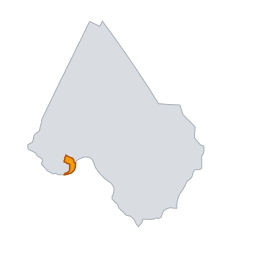 Benghazi highlighted on a map of Libya, rotated 208°
{"feature_id": "LBY-2984", "entity_name": "Benghazi", "entity_type": "Municipality", "adm_level": 1, "iso_a3": "LBY", "parent_name": "Libya", "parent_adm1": "", "projection": "orthographic", "projection_center": [20.37, 31.785], "detail": "fine", "context": "in_parent", "style": "filled", "palette": "amber", "viewbox_px": 256, "rotation_deg": 208, "n_neighbors": 0, "source": "natural_earth", "source_scale": "10m", "svg_char_len": 3691}
<svg xmlns="http://www.w3.org/2000/svg" viewBox="0 0 256 256"><g transform="rotate(208 128 128)"><path d="M49.5,78.9L50.8,78.4L52.5,77.8L53.5,77.4L53.9,77.0L55.4,75.3L56.1,74.3L57.1,73.0L57.6,72.1L57.7,71.2L57.7,70.1L57.2,67.4L56.9,64.8L57.4,63.9L57.8,63.5L58.7,62.4L59.0,62.2L60.8,62.0L61.5,61.2L62.1,60.3L62.3,59.8L63.1,59.3L64.0,58.8L64.6,58.2L66.5,57.3L68.2,56.4L70.2,55.5L71.7,54.8L72.1,54.1L72.1,53.5L71.4,52.1L71.6,50.4L71.7,49.0L71.9,48.2L72.4,46.0L72.5,45.7L73.9,46.6L75.4,47.0L79.8,50.1L81.2,50.6L84.4,51.2L88.3,50.3L89.8,50.2L92.2,51.4L93.3,51.8L95.2,52.0L98.3,53.1L99.1,53.5L100.8,55.2L101.7,55.7L108.3,57.5L109.1,58.4L110.0,60.3L109.9,62.5L110.3,64.2L111.1,66.3L112.0,67.9L113.1,69.2L114.3,70.0L117.2,71.3L120.5,71.8L123.9,72.1L129.6,73.9L134.5,75.8L135.6,76.7L138.1,77.7L142.9,82.1L145.6,83.6L147.6,83.9L149.3,83.7L152.4,82.2L153.6,81.3L156.7,77.6L157.7,75.7L158.1,74.3L158.0,72.9L157.7,71.7L156.8,70.4L156.2,68.6L155.9,65.5L156.4,63.4L156.9,62.1L157.9,60.8L160.4,58.2L162.9,56.5L167.3,54.1L169.8,54.1L170.9,53.8L173.0,52.1L173.8,52.1L175.0,52.5L178.5,52.3L180.0,52.7L181.9,53.7L184.2,54.3L185.8,54.9L187.6,55.7L188.0,57.7L187.9,58.3L187.8,59.1L189.7,60.4L194.9,60.9L195.9,61.3L197.3,62.3L198.2,62.6L201.8,62.6L203.8,62.3L205.8,62.6L206.5,62.9L207.3,63.7L208.3,65.7L208.7,66.4L208.3,66.8L207.8,67.5L207.5,68.1L206.6,69.2L205.9,70.3L206.0,71.9L206.2,73.6L206.8,75.2L207.4,76.9L207.3,78.1L206.9,79.5L206.5,80.7L205.1,83.3L204.9,83.9L205.0,84.7L206.0,87.6L206.1,88.5L206.8,91.3L207.4,93.6L208.1,95.4L208.2,95.9L208.3,98.5L208.4,101.2L208.5,103.8L208.6,106.5L208.7,109.2L208.8,111.8L208.9,114.5L209.0,117.2L209.1,119.8L209.2,122.5L209.3,125.1L209.4,127.8L209.5,130.5L209.6,133.1L209.7,135.8L209.8,138.4L209.9,141.1L209.9,143.7L210.0,146.4L210.1,149.0L210.2,151.7L210.3,154.3L210.4,157.0L210.5,159.6L210.6,162.3L210.6,164.9L210.7,167.5L210.8,170.2L210.9,172.8L211.0,175.4L211.1,178.1L211.1,180.7L211.3,186.5L211.5,192.4L211.7,198.2L211.8,204.0L211.7,204.0L208.9,204.2L206.2,204.3L203.4,204.4L200.7,204.5L200.7,205.9L200.7,207.4L200.8,208.8L200.8,210.3L195.4,207.7L190.0,205.1L184.6,202.5L179.2,199.8L173.9,197.1L168.5,194.4L163.2,191.7L157.9,188.9L152.6,186.1L147.3,183.3L142.1,180.4L136.8,177.6L131.6,174.7L126.4,171.8L121.2,168.8L116.1,165.9L112.5,163.8L108.6,165.5L105.5,166.8L101.4,168.6L96.7,170.9L93.1,172.6L92.9,172.6L89.2,169.0L86.5,166.3L85.2,165.5L79.9,163.8L74.6,162.2L69.1,160.4L68.2,158.2L67.2,155.8L65.8,152.8L65.0,150.9L64.7,150.6L60.5,148.8L56.1,147.1L53.4,147.7L52.9,147.6L52.2,147.0L51.5,146.2L51.2,145.1L50.3,143.7L49.5,140.5L49.6,138.1L49.5,137.2L47.4,133.5L45.6,130.2L44.4,128.0L44.2,127.0L44.4,125.9L45.1,124.9L47.2,123.8L49.2,122.7L49.5,121.8L49.8,119.2L49.3,118.4L49.0,116.8L48.7,114.7L48.8,113.4L49.8,110.8L51.0,108.2L50.6,105.1L50.7,98.9L51.4,94.1L51.4,92.4L51.3,91.6L50.9,89.3L50.3,86.9L50.1,86.0L49.3,84.0L48.0,81.5L47.3,80.0L48.5,79.4L49.5,78.9Z" fill="#d9dde1" stroke="#a8b0b8" stroke-width="1"/><path d="M158.0,72.6L157.9,72.4L157.6,71.6L157.4,71.2L157.0,70.8L156.8,70.5L156.1,68.6L156.1,68.1L156.1,67.6L156.0,67.4L155.9,66.9L155.8,66.7L155.8,66.2L155.8,65.7L156.0,64.7L156.1,64.2L156.0,63.9L156.1,63.7L157.1,61.6L157.4,61.3L159.3,59.3L159.4,59.1L159.9,58.5L160.1,58.4L160.5,58.2L160.8,57.9L162.3,56.7L162.4,56.8L162.3,58.2L161.9,58.9L161.0,59.7L160.2,60.8L159.8,62.1L159.7,62.9L160.2,64.2L160.8,65.5L161.3,66.5L161.7,67.7L162.2,68.4L163.5,68.6L164.4,68.2L165.1,68.2L166.5,68.4L167.7,68.3L168.2,68.1L168.9,68.8L169.0,69.8L169.2,71.0L169.7,71.9L170.0,74.8L166.1,74.7L164.1,75.1L162.6,75.2L161.9,74.9L160.8,74.2L160.1,73.2L159.6,72.5L158.5,72.1L157.9,72.1L158.0,72.3L158.2,72.5L158.0,72.6Z" fill="#f59e0b" stroke="#b45309" stroke-width="1.5"/></g></svg>